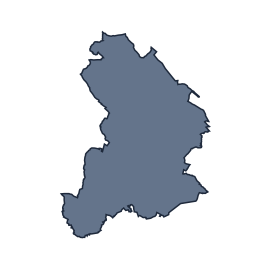 outline of Ciurila, Cluj, Romania, rotated 349°
{"feature_id": "2599482B49766923027445", "entity_name": "Ciurila", "entity_type": "district", "adm_level": 2, "iso_a3": "ROU", "parent_name": "Romania", "parent_adm1": "Cluj", "projection": "mercator", "projection_center": [23.534, 46.652], "detail": "fine", "context": "isolated", "style": "filled", "palette": "slate", "viewbox_px": 256, "rotation_deg": 349, "n_neighbors": 0, "source": "geoboundaries", "source_scale": "gbopen_adm2", "svg_char_len": 5858}
<svg xmlns="http://www.w3.org/2000/svg" viewBox="0 0 256 256"><g transform="rotate(349 128 128)"><path d="M146.2,222.1L151.4,220.8L151.9,218.9L165.2,212.2L180.4,212.7L181.2,212.4L182.5,210.7L184.0,207.4L185.7,205.1L188.7,206.5L188.8,206.2L191.3,206.9L192.0,206.8L192.9,205.9L194.0,206.2L194.2,205.8L192.7,204.1L192.0,202.9L191.9,202.2L191.0,201.4L190.5,200.4L188.9,199.3L188.8,197.9L187.2,196.7L187.9,196.0L185.6,192.9L184.3,188.5L182.8,187.5L181.9,187.2L182.0,186.8L180.0,186.2L179.1,185.4L177.4,185.0L176.5,183.6L174.2,183.8L173.1,183.4L174.7,179.6L176.6,181.1L178.2,179.8L178.4,179.2L179.1,178.8L180.0,177.5L181.8,175.8L178.2,174.2L176.8,172.8L177.6,170.8L177.6,169.1L177.3,167.9L180.8,165.1L181.5,164.9L182.4,164.2L185.3,161.8L185.5,160.9L186.5,160.3L187.4,160.6L188.0,160.1L190.8,159.6L191.8,159.9L192.5,160.6L193.1,160.8L195.0,161.2L196.3,161.1L196.8,160.1L196.3,159.7L196.7,159.4L196.8,158.8L196.7,158.0L196.4,158.1L196.9,157.5L196.4,156.9L197.1,156.5L197.6,155.3L197.7,153.9L198.0,153.3L198.1,151.8L198.8,151.2L198.6,150.6L199.0,150.3L199.1,149.9L197.8,148.0L198.8,147.4L200.3,147.3L200.9,147.4L201.0,147.7L201.6,147.7L201.7,147.1L203.1,146.4L205.6,147.2L206.0,146.9L206.1,146.4L207.3,146.5L204.8,142.1L207.0,141.9L207.6,142.2L208.2,142.1L206.4,140.0L205.4,138.0L204.4,136.6L205.0,136.2L206.6,136.0L207.8,136.8L208.5,137.0L206.4,130.7L206.6,129.9L206.6,129.1L205.5,125.1L204.6,124.2L203.4,123.5L197.6,118.1L195.8,116.9L194.3,115.3L191.8,113.2L192.4,112.5L193.5,110.5L194.3,107.4L195.9,105.7L197.6,104.3L201.8,109.3L202.9,111.0L203.6,111.2L203.9,110.7L200.3,106.1L199.4,104.5L198.1,103.6L196.6,101.5L194.6,99.7L194.2,97.9L192.8,96.4L191.7,95.6L189.6,95.0L187.8,95.0L185.9,94.7L185.3,94.8L185.3,91.8L186.0,91.2L186.0,90.9L183.5,90.8L182.9,89.9L175.9,76.7L173.9,71.0L170.5,67.1L169.6,65.5L167.4,61.2L170.6,58.6L166.2,53.2L165.8,54.2L165.8,56.0L163.6,58.1L161.7,58.9L159.1,60.8L157.7,61.0L157.4,61.6L156.8,62.0L154.3,61.4L153.1,60.2L152.9,59.6L152.8,58.3L152.4,57.5L150.9,54.8L149.6,53.1L148.8,50.3L148.8,49.7L149.4,48.6L149.3,46.8L147.6,44.9L145.2,41.5L144.5,38.8L144.2,38.7L143.4,37.5L143.3,35.1L139.6,35.3L136.3,35.0L132.2,35.0L131.0,34.5L129.0,34.7L126.6,33.7L124.9,32.7L123.7,30.8L122.4,30.3L121.3,28.9L121.2,29.1L122.0,30.2L121.7,30.6L121.4,30.5L121.0,30.8L120.8,32.3L120.6,32.7L120.2,35.3L119.8,35.6L119.9,36.5L119.7,37.1L120.0,37.4L117.9,37.5L117.3,38.0L116.1,38.4L115.6,38.0L114.7,38.0L114.1,37.4L113.6,37.5L112.1,37.1L111.1,37.6L110.1,38.9L109.1,39.4L108.6,39.5L107.8,40.4L107.2,40.7L106.8,41.1L106.7,42.0L105.7,43.1L105.6,43.6L105.7,44.4L105.5,44.9L107.6,46.5L108.0,47.1L107.5,47.4L108.4,48.9L109.1,49.1L110.1,49.9L111.5,50.0L112.0,49.6L112.5,48.3L113.2,47.9L113.9,49.4L116.6,52.7L117.3,54.3L116.3,54.2L115.5,55.1L114.9,55.2L114.9,55.6L114.6,55.9L111.4,55.2L107.3,54.7L104.6,53.8L102.8,53.8L103.0,54.5L103.5,55.4L103.5,57.1L102.5,58.5L101.5,59.2L100.4,59.4L99.6,60.6L98.6,61.3L97.5,61.6L95.5,61.8L93.0,65.5L91.6,66.1L92.7,68.1L92.9,69.5L93.9,72.2L95.5,74.6L96.6,76.9L97.1,79.2L98.1,81.3L97.9,81.5L98.0,84.3L99.8,87.8L101.3,91.6L102.9,93.6L103.9,94.2L104.8,95.2L104.7,95.7L104.1,96.4L106.7,99.1L106.3,99.4L108.6,102.0L110.4,103.6L109.1,104.5L111.5,107.7L112.6,109.8L111.6,110.5L111.5,111.3L110.4,112.7L109.6,114.4L109.0,114.9L108.0,114.2L107.2,114.0L106.8,114.2L105.0,116.2L104.2,116.5L103.2,118.3L102.1,119.0L101.0,120.3L101.2,121.0L102.1,120.9L100.9,121.5L101.3,122.4L101.0,122.6L100.9,123.6L101.0,124.8L101.5,126.5L101.8,128.1L102.3,128.9L103.4,129.8L104.3,132.7L103.5,133.8L103.7,135.5L105.6,136.6L106.9,138.8L104.1,141.4L101.8,139.3L98.4,146.4L97.5,145.8L98.3,143.5L97.0,142.7L95.9,142.5L95.8,143.5L95.4,143.3L95.2,142.9L91.6,141.4L88.7,140.7L87.0,141.2L86.6,142.1L85.0,142.6L84.3,143.4L83.1,144.0L81.5,145.4L81.0,147.0L80.2,148.4L79.2,151.4L79.1,153.8L78.8,155.9L78.1,156.0L77.7,156.6L76.7,159.1L76.9,160.2L77.4,160.4L77.4,160.9L76.4,162.8L76.5,163.1L76.4,164.4L76.2,165.1L76.5,166.0L76.1,166.5L76.5,167.9L76.4,168.3L76.0,168.9L75.0,169.6L75.2,169.8L74.9,170.2L74.2,170.6L73.9,172.2L73.4,172.8L73.2,174.7L72.3,176.4L71.7,178.7L69.0,179.1L68.4,180.2L67.2,183.0L65.4,185.0L65.7,185.7L65.1,186.8L61.6,184.5L60.1,182.4L58.3,181.7L57.7,181.2L53.3,180.3L49.9,179.9L50.4,181.0L52.0,183.0L52.2,183.7L51.6,186.4L51.3,190.0L50.5,191.2L50.1,191.2L48.8,193.4L48.6,194.7L49.0,195.0L48.3,196.2L49.0,197.1L47.8,197.4L47.8,198.2L47.5,198.0L47.7,199.3L47.5,199.7L47.6,201.4L48.2,202.5L47.8,203.1L51.8,206.3L50.8,207.6L50.0,209.5L51.7,211.0L51.7,211.3L51.4,211.5L51.4,212.2L53.8,212.5L53.8,213.7L53.2,214.8L53.2,215.3L53.6,215.3L54.4,214.9L54.5,215.8L55.6,218.5L55.2,218.9L55.1,219.5L55.3,220.2L54.3,220.7L54.4,221.6L55.3,222.3L55.5,222.2L56.6,223.7L58.1,225.1L59.5,225.1L60.3,226.2L62.5,226.9L63.7,226.8L64.6,227.1L65.6,225.3L66.4,225.6L67.2,225.2L67.4,226.1L67.9,225.5L69.2,224.8L69.9,225.6L70.6,224.5L71.9,225.0L78.1,225.2L79.1,224.9L78.9,224.5L80.1,224.0L82.0,223.3L81.5,222.5L81.6,221.8L83.3,219.6L83.5,218.2L84.7,218.1L85.6,217.5L86.5,216.1L85.4,215.8L85.3,215.5L86.4,215.5L88.0,214.2L88.3,214.7L89.0,214.4L89.3,213.4L89.0,211.3L89.6,210.6L90.0,208.8L91.6,209.7L93.5,210.4L95.0,211.9L95.9,213.2L97.3,211.8L97.7,212.1L98.0,211.6L98.6,211.5L99.2,210.8L100.3,210.2L101.0,209.3L105.5,208.4L105.8,207.6L106.9,206.6L108.5,205.8L108.7,206.4L110.1,208.5L112.6,208.4L113.1,210.5L115.0,210.2L114.9,210.8L115.9,210.4L115.7,209.3L115.1,208.1L115.4,207.8L114.4,206.7L113.9,205.8L113.3,205.5L112.9,204.5L113.9,204.3L114.2,204.8L114.8,205.2L115.0,204.8L115.9,204.3L115.8,203.9L116.5,203.8L117.1,204.0L118.5,206.2L118.2,208.6L118.3,210.4L118.1,211.4L120.7,212.5L121.3,216.8L122.3,216.1L123.1,216.3L125.8,218.8L128.2,219.1L128.2,219.5L128.6,219.5L128.7,220.8L133.1,220.9L136.2,219.9L137.5,219.9L139.0,218.8L140.2,216.4L143.5,219.1L142.2,220.6L142.7,220.9L143.9,219.5L144.6,220.2L145.7,220.6L146.2,222.1Z" fill="#64748b" stroke="#1e293b" stroke-width="1.5"/></g></svg>